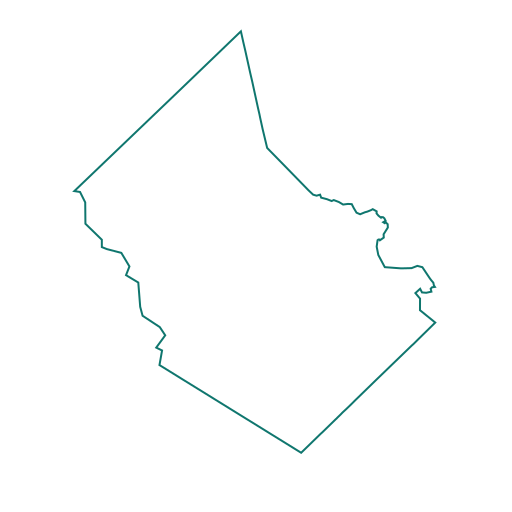 Harrison, Texas, United States of America (Albers equal-area conic projection), rotated 46°
{"feature_id": "52423323B74436267722648", "entity_name": "Harrison", "entity_type": "district", "adm_level": 2, "iso_a3": "USA", "parent_name": "United States of America", "parent_adm1": "Texas", "projection": "albers", "projection_center": [-94.284, 32.56], "detail": "fine", "context": "isolated", "style": "outline", "palette": "teal", "viewbox_px": 512, "rotation_deg": 46, "n_neighbors": 0, "source": "geoboundaries", "source_scale": "gbopen_adm2", "svg_char_len": 1646}
<svg xmlns="http://www.w3.org/2000/svg" viewBox="0 0 512 512"><g transform="rotate(46 256 256)"><path d="M147.4,358.5L160.2,350.7L175.6,354.3L179.5,362.8L193.3,359.1L212.1,374.6L220.2,379.1L240.3,374.6L250.0,376.4L252.6,391.4L258.7,389.2L267.4,401.2L428.9,360.2L428.9,355.5L428.9,355.0L428.8,333.4L428.9,330.6L428.8,311.7L428.9,311.1L428.8,310.1L428.8,306.9L428.8,305.5L428.7,303.0L428.7,301.6L428.8,297.7L428.8,290.1L428.7,284.8L428.7,283.0L428.6,256.3L428.6,253.3L428.6,224.8L428.6,219.8L428.6,217.4L428.6,206.1L428.7,204.1L428.6,196.8L428.4,173.3L408.9,175.7L400.6,167.6L393.4,167.1L393.6,160.7L397.5,161.9L400.7,159.1L403.5,154.6L400.9,153.1L400.8,151.1L402.5,148.8L400.8,148.5L398.4,147.0L395.3,146.8L392.9,146.5L388.4,145.7L379.6,144.1L375.2,146.8L372.8,152.5L365.7,160.2L353.5,171.1L340.2,167.3L333.1,162.7L329.1,157.6L329.2,156.5L330.0,155.7L330.8,155.9L331.5,151.3L329.0,149.1L327.1,141.4L324.6,139.2L321.7,139.3L321.8,140.6L320.1,141.0L320.3,140.1L320.7,138.3L319.4,137.9L318.1,137.5L316.5,137.6L316.0,138.1L315.5,138.3L314.9,139.1L315.1,139.5L312.1,139.9L309.1,139.7L307.7,138.2L303.4,139.5L302.9,141.4L301.4,145.1L300.2,147.3L298.3,152.1L294.7,153.6L289.5,152.4L285.2,151.1L282.4,153.7L279.5,157.6L274.7,158.9L269.8,161.2L269.0,163.4L264.4,165.5L259.3,168.6L256.4,167.3L254.7,170.5L251.6,172.3L245.0,172.6L222.6,172.7L204.4,172.8L189.9,172.9L186.0,172.9L169.2,163.0L159.3,156.9L156.5,155.1L151.0,151.8L142.4,146.5L128.0,137.6L120.3,133.0L100.9,121.1L93.2,116.5L84.4,111.1L83.9,110.8L83.7,198.4L83.1,341.6L87.7,338.1L98.8,341.6L114.3,356.3L137.2,355.6L142.5,360.7L147.4,358.5Z" fill="none" stroke="#0f766e" stroke-width="2"/></g></svg>